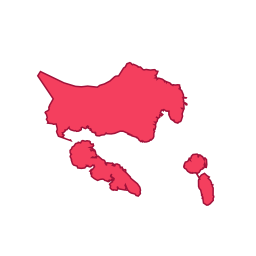 the district of U, Pohnpei, Federated States of Micronesia, rotated 104°
{"feature_id": "79324940B31691034545854", "entity_name": "U", "entity_type": "district", "adm_level": 2, "iso_a3": "FSM", "parent_name": "Federated States of Micronesia", "parent_adm1": "Pohnpei", "projection": "natural_earth1", "projection_center": [158.28, 6.951], "detail": "fine", "context": "isolated", "style": "filled", "palette": "rose", "viewbox_px": 256, "rotation_deg": 104, "n_neighbors": 0, "source": "geoboundaries", "source_scale": "gbopen_adm2", "svg_char_len": 5932}
<svg xmlns="http://www.w3.org/2000/svg" viewBox="0 0 256 256"><g transform="rotate(104 128 128)"><path d="M152.8,193.5L154.1,180.3L153.5,180.9L153.9,181.5L153.7,184.9L152.8,190.0L151.6,188.7L150.4,188.3L150.0,190.0L149.0,189.9L148.5,190.4L148.2,189.6L146.8,188.7L145.9,188.2L145.2,188.6L144.5,186.9L141.6,185.4L142.9,184.7L143.6,183.0L143.8,179.4L143.3,178.4L143.7,177.3L143.0,175.2L142.4,174.4L141.8,174.5L141.6,173.4L140.8,173.0L139.0,173.4L138.3,172.7L138.9,169.1L137.4,167.8L136.7,168.4L136.4,168.1L136.8,167.3L135.9,167.4L136.1,166.7L137.6,166.8L138.1,165.3L137.8,164.4L139.3,164.2L139.4,163.7L137.6,163.6L138.9,163.3L140.6,161.9L140.7,160.3L140.2,159.0L140.9,158.8L140.7,158.2L142.5,157.7L143.0,156.5L142.6,153.9L141.2,151.9L140.3,149.3L138.6,148.1L137.8,148.5L138.7,147.3L137.8,142.9L136.4,139.6L133.0,134.9L132.3,131.8L133.3,126.4L133.9,126.6L134.2,125.0L133.6,124.7L134.1,124.2L134.0,122.9L134.5,123.0L134.7,122.2L134.9,117.2L135.3,117.2L135.6,115.7L136.9,114.5L138.1,112.1L137.0,111.4L137.9,110.4L137.2,109.9L137.6,108.8L137.1,106.9L135.7,104.4L134.0,103.5L134.3,103.2L134.0,102.5L131.6,101.1L130.1,100.9L126.7,101.7L124.6,101.4L124.1,102.4L122.9,102.7L122.7,101.5L120.0,101.4L118.7,101.9L118.4,102.7L118.3,102.1L116.2,102.0L115.8,103.0L115.5,101.9L114.2,101.3L112.7,101.5L111.3,101.0L110.5,103.6L111.1,100.8L109.5,99.7L108.8,100.3L107.4,100.3L108.1,98.4L106.5,97.5L105.3,100.3L102.6,99.8L102.3,99.0L102.7,98.0L101.6,98.1L101.4,97.5L102.4,95.1L101.8,92.3L103.8,92.0L104.7,91.3L105.2,91.6L108.2,89.2L109.0,88.5L109.8,86.2L108.9,84.9L110.0,85.6L111.1,83.7L111.2,80.8L110.5,80.7L109.0,78.6L108.0,78.2L103.3,77.9L101.2,78.9L96.6,78.5L95.9,78.7L96.2,80.1L96.1,80.5L95.9,80.7L95.6,78.3L91.5,79.6L90.1,79.4L90.9,77.9L90.6,77.2L91.4,77.2L91.4,76.6L90.9,76.5L90.3,77.0L89.2,80.6L88.2,80.5L86.0,81.6L85.3,81.2L84.9,78.9L84.6,78.8L84.8,81.5L84.5,81.2L84.1,81.9L82.5,82.2L78.6,85.1L78.1,86.5L77.4,86.8L77.7,88.4L76.8,87.0L75.9,87.2L75.8,87.8L73.8,88.4L74.0,90.1L74.9,92.6L75.1,94.7L75.8,94.8L75.2,97.1L74.7,97.2L74.2,98.3L73.8,101.5L74.4,101.7L73.8,102.0L73.4,103.6L74.0,103.7L72.9,104.9L72.3,106.6L72.2,110.3L73.6,111.5L72.6,111.6L72.7,113.4L72.0,112.6L70.8,113.3L70.5,114.9L70.2,113.8L68.8,113.1L65.8,112.7L65.9,114.7L65.0,115.8L65.0,116.6L66.4,120.3L66.8,124.6L67.7,126.4L67.7,127.5L65.8,130.7L66.4,132.9L65.9,133.1L65.4,134.7L64.9,138.0L64.9,138.5L65.5,138.8L65.3,139.8L64.5,140.6L64.1,142.0L65.9,144.6L69.4,145.4L70.9,146.8L79.7,149.7L80.7,152.4L81.6,153.4L86.8,156.9L90.9,161.5L93.5,165.8L95.8,167.6L97.1,177.3L99.3,183.2L100.3,189.1L99.7,201.1L94.4,226.6L99.2,228.2L117.8,207.6L125.1,209.6L126.2,209.4L126.8,209.9L129.1,209.1L130.5,209.9L132.3,211.9L133.2,212.1L134.6,210.4L137.5,208.8L139.2,209.3L141.5,207.0L142.7,207.2L142.1,202.5L142.4,201.3L141.5,198.7L145.2,196.7L146.7,196.2L148.5,196.5L149.9,195.7L152.8,193.5ZM191.6,101.6L188.7,100.1L186.8,100.9L185.4,100.8L182.6,102.2L179.8,105.4L176.1,113.2L175.0,113.9L171.9,118.7L171.6,119.8L171.1,120.3L170.6,119.7L169.2,120.1L169.0,120.8L169.6,121.8L170.4,121.9L169.8,123.0L168.9,123.0L168.9,123.7L167.5,124.0L167.7,125.3L168.3,125.8L166.0,127.1L165.5,129.9L166.3,131.7L167.7,131.5L168.1,132.1L167.3,132.7L167.8,133.2L168.1,132.7L167.9,134.2L166.4,133.6L165.8,134.5L166.3,135.8L166.8,139.7L168.3,140.2L169.5,139.7L168.3,140.9L168.3,140.6L167.2,140.8L166.5,142.1L165.8,142.3L165.0,143.5L164.9,145.4L162.5,150.1L163.9,152.1L164.4,151.8L164.4,152.4L165.3,152.4L164.7,152.6L165.4,155.9L164.7,155.4L164.7,153.0L162.7,151.6L161.8,151.8L161.2,152.8L158.5,154.1L158.2,157.2L159.0,158.2L158.3,158.8L158.0,155.7L157.5,155.2L156.4,157.7L156.1,160.0L155.2,158.0L153.5,157.1L151.9,158.0L152.6,159.4L152.1,160.5L151.1,161.4L150.6,161.3L150.1,162.2L150.3,164.7L151.2,166.4L151.1,168.8L151.9,169.9L153.9,170.4L153.8,173.4L154.3,172.5L155.8,175.1L158.5,176.0L160.1,177.6L161.9,177.7L163.7,178.8L166.1,178.1L167.2,176.6L167.9,177.1L169.8,177.2L172.1,175.2L172.6,175.4L176.1,173.2L177.1,171.8L177.3,168.1L178.9,167.2L178.5,163.5L177.2,160.2L176.0,159.8L174.9,158.5L174.3,159.1L174.1,157.8L174.9,157.4L175.0,155.7L174.7,154.9L172.4,153.1L172.9,152.3L172.5,151.8L173.8,151.1L176.9,152.5L176.7,153.0L177.3,153.7L178.1,153.2L178.1,152.6L178.1,153.8L179.1,154.6L179.6,153.4L181.2,153.2L181.9,152.6L181.3,152.2L183.7,151.8L185.3,148.4L186.2,144.8L184.7,142.7L183.8,140.6L183.7,139.1L184.5,137.8L184.4,135.9L184.8,135.3L184.8,133.9L184.1,133.1L183.5,133.3L183.6,133.9L183.1,133.6L183.4,132.3L181.8,131.4L182.2,130.7L180.9,129.9L180.0,130.6L179.7,132.3L179.1,133.2L178.3,133.3L176.6,132.6L179.0,133.0L180.4,129.3L181.9,129.2L183.5,130.6L184.0,130.1L186.0,131.9L187.2,132.3L188.3,130.9L190.4,130.9L191.7,129.0L191.9,127.3L191.5,127.2L191.1,123.6L189.6,123.1L187.5,124.3L188.1,123.4L189.4,122.9L189.0,122.5L189.3,121.9L188.9,115.7L186.3,115.4L184.4,116.9L183.7,116.8L187.4,114.0L188.6,114.0L188.3,113.1L189.6,111.3L190.3,109.2L190.4,105.2L191.5,103.9L191.6,101.6ZM151.5,64.6L152.4,64.4L153.4,63.3L153.8,61.7L155.5,59.7L156.4,57.2L156.1,56.8L156.6,55.9L155.8,54.9L156.2,54.4L155.5,53.1L155.2,50.9L160.2,46.0L160.8,46.9L161.9,46.9L167.6,45.4L169.4,44.2L170.5,42.5L174.3,40.6L174.5,40.1L175.3,40.4L177.0,38.7L177.7,38.5L178.5,39.6L178.1,38.4L182.5,36.6L183.8,33.1L183.4,31.7L181.5,29.9L177.6,27.8L175.7,28.4L174.4,28.1L173.4,28.3L172.9,29.1L165.5,30.9L164.6,31.9L162.6,32.0L162.9,32.6L162.6,33.2L161.1,33.7L159.0,35.4L157.4,38.0L155.9,37.3L155.3,39.5L153.5,42.8L155.9,45.5L159.1,46.9L155.1,50.7L155.1,49.5L153.7,48.2L150.8,47.3L149.8,45.8L149.0,45.2L148.7,45.5L148.2,44.7L146.6,44.4L145.1,45.2L143.8,45.0L145.0,44.2L146.8,44.1L147.4,43.4L147.3,42.5L144.4,42.7L139.7,44.2L138.4,46.1L138.8,46.7L140.2,46.5L137.6,48.9L137.8,49.6L136.8,51.0L136.9,52.5L138.5,52.6L139.6,53.1L137.0,52.9L137.2,53.8L136.6,54.6L138.0,58.5L140.1,59.7L141.9,59.6L142.4,61.0L144.1,59.9L143.4,61.4L145.3,61.7L146.4,62.6L147.2,64.1L149.8,64.6L150.7,64.1L151.5,64.2L151.5,64.6Z" fill="#f43f5e" stroke="#9f1239" stroke-width="1.5"/></g></svg>